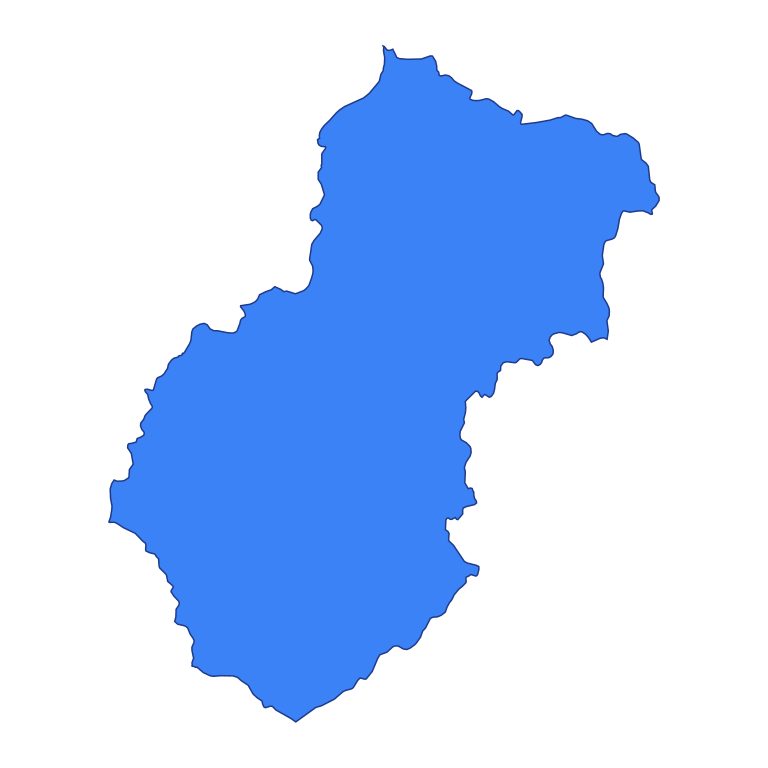 the district of Que Phong, Nghệ An, Vietnam
{"feature_id": "81297802B37103290877054", "entity_name": "Que Phong", "entity_type": "district", "adm_level": 2, "iso_a3": "VNM", "parent_name": "Vietnam", "parent_adm1": "Nghệ An", "projection": "natural_earth1", "projection_center": [104.897, 19.706], "detail": "fine", "context": "isolated", "style": "filled", "palette": "blue", "viewbox_px": 768, "rotation_deg": 0, "n_neighbors": 0, "source": "geoboundaries", "source_scale": "gbopen_adm2", "svg_char_len": 6092}
<svg xmlns="http://www.w3.org/2000/svg" viewBox="0 0 768 768"><path d="M607.1,339.3L608.3,331.0L606.9,320.6L609.1,316.0L609.4,311.2L609.0,308.1L607.2,304.0L603.1,297.1L603.5,288.2L602.9,283.3L601.6,279.2L600.5,277.4L599.9,274.5L600.0,272.6L603.5,263.9L602.3,255.5L603.9,244.3L605.2,241.7L606.2,240.7L612.3,239.0L614.5,237.7L615.7,235.6L617.8,228.8L619.5,219.0L621.6,213.1L623.0,211.1L624.0,210.9L629.9,212.2L637.6,211.0L642.9,210.8L647.7,212.6L650.7,214.3L652.0,214.3L652.4,213.6L651.7,210.5L652.0,209.5L655.7,206.1L659.1,200.5L659.1,197.6L658.5,196.2L655.8,192.5L655.3,190.6L654.8,184.8L651.0,182.4L649.8,180.2L648.3,166.3L646.0,163.1L641.9,159.9L641.2,158.8L639.2,144.2L638.4,142.5L633.2,138.0L626.9,134.1L625.2,133.6L620.4,134.4L617.7,136.2L616.3,136.3L612.5,135.4L610.7,134.0L609.0,133.5L607.1,133.5L603.5,134.8L600.5,134.5L596.7,131.4L591.7,123.5L587.7,120.8L582.0,119.2L575.6,118.4L566.3,115.1L565.1,115.2L560.6,117.6L558.0,117.6L550.1,120.1L536.0,122.6L521.6,124.3L520.9,123.9L520.5,122.7L522.0,116.9L522.1,114.4L519.5,111.4L518.1,110.5L517.0,110.6L513.8,114.8L512.9,115.0L508.6,111.2L501.9,108.3L498.9,106.3L493.6,101.7L488.9,99.1L486.4,98.7L479.2,100.5L475.0,100.6L472.7,100.3L470.3,99.3L469.7,98.3L471.7,93.8L471.9,91.6L471.6,90.6L457.1,82.9L454.2,80.9L451.6,77.8L448.7,75.7L445.3,75.0L440.9,76.0L439.3,75.4L438.6,72.0L436.9,70.4L436.6,65.6L435.6,61.2L432.5,56.1L430.4,55.9L421.4,59.0L407.3,59.3L399.3,58.6L396.8,57.5L392.8,49.2L390.6,50.2L388.0,50.4L386.8,49.7L384.3,46.6L383.2,46.1L383.7,47.3L383.5,50.9L384.7,57.6L384.4,64.2L383.3,68.5L383.2,70.7L381.0,74.1L379.2,81.5L369.2,93.4L363.5,98.0L344.9,106.4L339.8,109.8L336.4,112.8L329.5,120.5L324.3,125.5L321.6,129.0L319.7,132.7L319.3,135.9L319.6,138.3L317.5,139.6L318.0,143.2L318.7,144.6L320.3,145.9L322.0,146.5L325.4,146.7L325.7,147.3L325.3,148.7L322.2,153.1L321.8,154.2L321.8,163.8L321.2,165.3L321.5,167.6L318.2,172.2L318.2,179.4L321.3,184.2L324.5,194.8L319.8,204.5L316.9,206.6L312.7,208.7L311.0,211.8L310.3,214.2L310.3,218.1L311.2,220.2L312.7,220.7L314.7,219.5L315.8,219.7L321.5,225.3L322.2,227.3L322.1,228.9L320.3,233.1L314.0,240.5L311.8,244.3L309.6,259.0L309.7,260.3L312.6,266.0L313.1,270.3L312.9,273.2L311.6,278.0L308.9,285.5L306.0,288.8L303.6,290.7L295.4,293.8L286.8,291.1L283.8,291.6L280.6,289.3L274.8,286.7L271.2,289.8L265.8,291.7L259.6,294.7L257.7,299.1L255.3,301.7L253.2,302.9L249.9,304.3L240.7,305.7L240.5,306.7L243.7,310.7L245.0,313.3L245.4,316.1L244.9,316.8L241.9,318.4L240.6,320.2L239.8,323.7L237.1,330.8L236.4,331.6L233.2,333.1L227.9,332.8L217.9,330.8L213.7,330.7L210.1,328.9L207.3,324.9L204.2,323.4L200.1,324.2L196.3,326.2L193.0,328.9L191.8,332.0L190.9,340.4L189.6,343.7L184.7,352.0L183.4,353.6L182.5,353.3L181.7,355.3L178.9,355.8L178.0,357.1L173.9,358.2L171.7,359.9L169.2,363.2L168.4,364.5L167.5,368.4L164.1,373.8L161.6,376.0L157.7,377.7L156.6,379.0L153.3,390.2L151.7,390.4L147.4,389.2L145.0,389.5L144.9,390.6L145.5,391.9L147.7,394.4L148.5,398.6L150.6,403.7L152.2,406.1L152.2,407.9L145.8,414.6L145.0,415.8L143.7,419.3L140.7,423.2L140.5,425.9L141.8,429.4L144.0,432.1L144.3,433.1L143.7,435.3L141.0,437.0L137.2,438.5L136.2,442.0L131.9,443.3L128.9,443.7L127.9,444.8L127.6,447.8L131.3,453.4L133.2,464.1L129.4,469.6L129.0,476.9L128.3,478.0L124.8,480.3L122.5,481.0L117.0,481.2L114.1,480.0L111.8,483.6L110.4,488.2L110.2,489.9L110.6,498.6L112.0,506.0L111.8,509.5L110.6,517.0L108.9,522.0L109.6,522.4L113.8,522.2L116.3,523.0L123.5,527.7L135.2,533.3L142.8,541.2L145.5,543.3L145.9,545.0L145.6,549.5L146.0,551.0L149.6,552.7L154.1,553.8L155.3,554.6L156.4,556.7L158.5,558.6L159.2,566.8L159.8,568.1L166.0,574.3L166.6,575.6L167.7,581.4L173.0,586.0L173.2,587.3L171.1,590.8L171.1,591.9L174.0,596.2L178.5,601.0L179.1,602.1L179.2,604.1L178.7,605.5L176.1,609.3L175.9,616.8L174.7,621.5L177.7,624.2L183.8,625.6L185.9,626.4L187.7,628.1L190.3,634.4L192.9,638.0L194.1,640.5L194.0,642.3L191.9,647.3L192.0,650.7L193.6,658.2L192.0,662.7L192.2,664.8L191.9,665.9L192.3,666.3L193.9,666.4L195.6,667.4L196.9,667.1L203.2,672.5L210.0,675.7L213.2,676.3L220.7,675.7L233.2,675.9L237.6,677.4L241.8,681.1L248.1,685.2L253.2,694.2L257.6,698.1L262.0,701.0L262.6,703.9L263.8,706.8L265.3,707.7L270.4,706.2L272.3,706.3L275.9,710.0L290.8,718.4L295.8,721.9L315.7,707.5L321.6,705.7L334.3,699.2L343.0,691.7L345.4,690.5L351.7,688.8L353.3,687.6L357.7,680.4L360.0,678.0L365.0,679.2L366.3,678.9L372.2,671.5L377.8,658.2L380.0,654.7L386.9,652.2L392.5,647.1L394.6,646.0L398.2,646.0L403.2,648.9L406.8,649.5L410.0,648.2L414.4,645.0L416.3,643.1L420.5,637.2L422.7,631.0L425.5,628.0L430.3,618.5L432.8,617.2L437.1,616.9L439.1,616.2L441.6,615.0L445.3,612.1L447.2,606.8L449.5,602.6L451.6,600.1L454.3,594.6L458.9,589.1L462.3,586.4L465.7,582.9L466.2,581.7L465.8,578.5L466.3,577.1L469.0,575.9L470.7,574.5L475.6,576.0L476.4,575.9L477.6,574.6L478.9,569.3L478.8,566.5L476.3,565.3L467.2,563.0L464.3,561.4L453.5,545.3L449.0,541.0L448.6,539.6L449.1,533.6L448.1,531.7L445.4,529.6L445.9,520.1L446.9,518.3L448.3,517.9L450.0,519.2L451.6,519.4L455.3,517.5L456.6,519.3L457.9,519.6L462.7,513.9L462.7,509.4L463.5,507.9L466.3,506.6L474.5,504.6L476.6,502.9L476.2,500.8L474.7,498.8L473.9,495.8L473.7,491.9L472.9,490.9L472.2,488.5L470.3,488.0L468.2,488.7L464.8,482.8L465.3,471.9L464.4,467.4L466.0,462.4L470.2,455.9L471.1,452.5L470.8,448.4L470.0,446.5L466.3,442.7L461.4,439.9L460.3,438.0L459.9,435.0L460.2,431.4L464.4,422.9L463.7,419.3L465.5,412.1L465.8,407.6L465.3,401.7L465.8,400.8L475.6,391.1L477.7,391.4L479.0,392.9L480.5,396.0L482.0,397.3L484.2,394.8L485.0,394.5L489.2,397.2L491.2,396.5L493.5,393.3L494.5,389.6L495.3,383.4L497.2,379.5L497.1,374.1L497.4,372.9L498.1,372.0L500.5,370.6L500.8,366.0L503.3,362.7L506.9,361.7L515.0,362.8L516.4,362.2L519.9,358.8L521.6,358.5L532.3,360.4L535.2,364.2L536.2,365.1L538.1,365.5L540.3,364.3L541.6,362.5L542.4,360.1L543.4,358.6L544.5,357.9L548.6,357.7L550.9,356.6L553.0,353.9L553.3,350.5L552.3,346.7L550.3,343.9L549.1,340.3L550.2,337.1L552.3,334.7L553.7,333.9L558.7,332.5L562.0,332.7L571.7,335.5L576.6,333.7L578.8,332.1L581.7,331.7L585.8,334.4L588.6,337.7L591.4,342.1L600.3,338.2L604.0,337.8L607.1,339.3Z" fill="#3b82f6" stroke="#1e3a8a" stroke-width="1.5"/></svg>